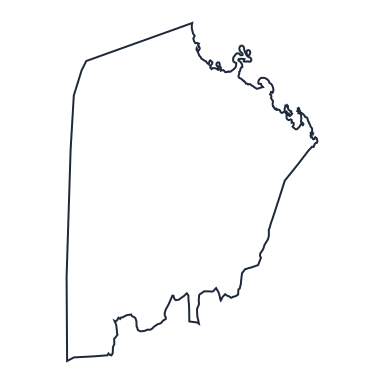 outline of Agig, Red Sea, Sudan
{"feature_id": "16777658B73946128996237", "entity_name": "Agig", "entity_type": "district", "adm_level": 2, "iso_a3": "SDN", "parent_name": "Sudan", "parent_adm1": "Red Sea", "projection": "equal_earth", "projection_center": [38.237, 17.867], "detail": "fine", "context": "isolated", "style": "outline", "palette": "slate", "viewbox_px": 384, "rotation_deg": 0, "n_neighbors": 0, "source": "geoboundaries", "source_scale": "gbopen_adm2", "svg_char_len": 5875}
<svg xmlns="http://www.w3.org/2000/svg" viewBox="0 0 384 384"><path d="M67.1,361.0L74.0,357.4L93.0,356.4L107.5,355.3L108.5,353.5L109.7,354.8L110.7,354.8L111.3,355.3L112.3,354.3L112.8,352.2L112.9,347.6L113.2,346.5L114.3,344.2L114.2,338.8L114.9,338.1L117.5,334.7L117.1,333.7L116.9,331.1L116.8,329.6L116.5,327.7L116.4,326.2L116.1,324.6L114.5,320.9L115.4,321.4L116.1,321.1L116.9,320.4L118.5,317.7L120.1,318.9L121.0,317.6L122.7,317.3L126.7,315.2L131.1,314.5L131.7,315.8L132.3,316.3L132.9,316.6L133.7,316.8L135.3,318.0L136.1,320.3L136.4,321.3L136.6,326.5L137.4,328.0L137.5,329.1L138.0,330.1L140.3,331.3L142.3,331.2L144.4,330.9L145.5,330.5L147.7,329.6L150.1,329.8L152.2,328.6L154.0,326.7L157.6,324.3L160.1,323.5L161.1,322.9L163.1,320.6L165.8,319.0L165.8,317.3L164.9,315.8L164.6,313.5L165.7,309.6L168.6,304.4L172.4,295.6L173.5,295.8L174.0,297.9L174.8,299.4L175.8,300.1L177.6,299.9L179.0,299.6L180.6,298.3L184.2,295.8L186.8,293.3L188.3,295.4L188.4,296.3L188.5,299.8L188.9,304.0L189.1,307.5L189.2,311.6L189.3,321.4L192.5,321.9L196.0,322.3L197.5,322.7L198.9,323.7L198.0,319.2L197.4,317.1L197.2,314.0L197.0,309.2L197.5,307.7L199.0,304.3L198.9,302.3L198.7,300.7L199.0,297.0L199.2,295.0L199.8,294.3L204.3,291.3L208.0,291.3L212.5,291.6L213.5,291.0L214.6,289.6L216.1,288.1L216.6,289.0L218.6,292.4L219.8,296.6L220.2,299.1L220.8,300.5L221.5,299.4L222.4,297.2L225.2,294.2L226.1,295.0L227.4,295.8L228.6,296.1L231.2,297.8L232.1,297.4L232.8,296.8L234.1,296.7L236.1,295.9L238.1,294.5L238.4,289.4L239.7,288.6L240.8,284.1L241.3,279.1L242.0,273.2L245.3,269.0L246.2,269.0L248.3,268.2L251.1,267.5L258.1,265.1L261.0,257.6L260.1,256.3L260.0,255.2L260.4,253.1L261.2,252.1L262.6,250.1L263.6,248.0L264.5,244.9L268.0,239.2L268.9,235.6L268.8,229.9L269.7,227.6L270.5,224.6L271.5,221.4L272.4,219.1L279.7,196.6L284.8,180.6L298.1,164.1L308.6,150.4L312.1,146.7L313.5,146.9L312.2,146.7L313.6,146.9L314.5,144.5L315.1,143.5L315.9,142.9L316.8,142.9L317.4,141.6L317.3,140.7L316.7,138.4L315.3,137.2L314.7,138.1L314.5,138.9L313.8,139.3L313.0,139.1L312.0,137.3L311.2,137.4L310.7,136.2L311.3,135.8L310.7,135.0L311.4,134.2L312.1,134.4L312.8,134.1L313.1,133.5L312.4,133.4L311.1,133.4L310.7,132.9L311.2,132.6L311.7,132.0L312.3,132.9L312.1,128.8L311.6,127.7L310.6,126.6L310.2,125.3L309.8,124.2L308.7,122.8L308.8,121.9L308.0,120.7L307.7,119.6L307.5,118.5L306.9,117.5L305.2,117.0L304.6,115.7L303.8,114.9L303.0,114.0L302.0,113.2L301.0,112.6L300.0,112.4L299.7,111.7L300.0,110.9L299.2,109.7L299.1,108.7L298.6,107.9L297.8,108.3L297.8,110.5L297.4,111.1L298.7,111.4L298.4,113.2L299.5,113.2L301.0,114.6L301.3,118.3L301.0,121.8L302.7,122.9L303.5,124.1L302.8,125.2L301.2,123.8L300.6,124.7L299.4,126.9L296.9,129.3L295.6,129.2L294.1,128.1L292.6,126.7L293.7,125.0L293.7,123.1L292.6,122.4L291.7,122.7L291.7,120.0L290.9,119.4L290.2,119.6L288.8,120.2L287.2,119.2L286.5,117.9L286.6,114.8L286.2,113.4L285.1,112.3L285.4,111.5L286.3,111.4L287.5,112.9L288.2,113.7L289.1,113.7L289.2,114.7L288.4,114.7L288.4,115.3L289.9,116.1L290.7,115.4L292.2,113.8L291.0,112.2L291.5,110.6L290.8,111.3L289.9,110.8L289.0,110.0L288.2,109.1L287.9,107.6L287.9,105.9L287.1,105.1L286.5,106.5L285.9,106.7L285.6,104.6L285.1,107.4L284.6,108.8L284.7,111.2L283.7,112.0L282.9,112.5L281.8,113.0L280.6,112.1L280.1,110.6L279.0,109.7L277.5,109.6L276.8,109.1L276.6,110.8L276.4,109.4L276.0,108.5L274.8,108.9L274.0,107.7L273.7,106.6L273.0,106.4L272.7,104.9L272.7,102.9L273.0,101.0L272.2,100.1L271.3,98.6L271.0,97.7L271.4,96.7L271.3,96.0L271.1,95.1L270.1,94.5L271.1,91.9L271.7,92.1L272.4,92.8L273.0,92.1L273.2,91.1L273.4,89.9L273.3,88.8L272.9,87.2L272.3,85.5L271.1,83.9L269.4,82.8L268.7,80.8L267.2,79.3L265.1,78.1L263.2,77.8L261.9,77.8L260.8,78.1L259.8,78.9L259.0,79.9L258.5,81.1L258.3,82.4L258.4,83.3L258.9,83.9L261.0,83.9L261.3,84.8L261.8,86.0L262.9,86.8L263.1,87.1L262.0,87.3L260.6,87.6L259.6,88.1L258.0,88.5L257.0,88.8L255.2,87.8L253.1,86.3L251.0,85.0L250.1,84.1L249.0,84.1L248.1,84.5L247.5,83.8L246.4,83.4L246.0,83.6L245.6,82.9L244.9,81.8L244.2,81.4L243.9,80.9L243.4,80.9L243.1,80.4L242.4,79.9L241.4,78.9L240.3,78.4L238.9,77.6L238.5,76.1L238.8,74.9L239.2,73.6L239.3,72.9L239.2,71.8L239.8,71.4L240.1,70.6L240.6,68.6L241.3,67.4L242.3,67.1L242.3,65.6L242.0,64.3L240.8,62.3L239.5,61.1L238.7,60.8L238.3,60.1L238.7,59.1L239.8,58.8L241.5,58.8L244.5,59.1L244.4,59.4L243.9,60.3L243.7,61.3L244.4,61.6L246.1,61.6L247.3,61.4L250.0,61.8L251.3,60.6L251.2,58.9L250.6,57.9L249.3,57.2L248.3,56.9L247.2,55.9L247.6,55.7L248.1,55.4L249.0,55.1L249.7,54.6L250.3,52.2L249.6,50.6L248.6,50.1L247.2,50.4L246.5,51.6L246.7,53.6L247.0,54.9L246.7,55.1L246.0,54.1L245.0,52.1L244.5,50.6L244.2,49.6L244.0,48.2L243.6,46.7L242.1,45.6L240.5,45.9L239.9,46.7L239.3,48.2L239.6,50.2L240.5,51.9L242.1,53.1L242.6,53.9L242.5,55.1L240.5,55.2L239.4,53.9L237.7,53.2L236.5,53.6L235.4,54.7L233.3,57.6L233.1,59.9L233.4,61.4L234.6,62.4L236.2,62.9L236.3,63.8L235.9,66.3L235.2,67.8L233.3,69.6L230.2,71.8L229.1,71.8L228.6,71.4L227.6,71.9L226.2,72.1L225.2,72.1L224.1,70.8L223.1,70.1L222.0,70.1L221.0,70.6L221.1,69.4L220.6,68.6L220.9,67.6L220.4,66.8L220.0,66.4L219.0,66.3L219.5,65.3L219.8,64.3L219.0,62.4L217.7,62.4L216.7,63.1L216.4,64.9L216.9,65.8L217.7,66.6L218.0,67.4L219.2,69.1L219.0,69.4L218.7,69.9L217.9,69.8L216.2,68.6L215.1,68.3L213.9,68.1L212.6,68.1L211.8,68.9L211.5,69.1L210.2,67.4L210.3,66.9L210.7,66.3L210.3,65.6L211.1,65.1L212.1,63.8L212.4,62.4L211.3,61.1L210.2,60.4L209.5,61.1L209.0,63.6L208.7,64.3L207.9,63.6L207.0,62.8L205.7,61.1L203.9,60.3L201.9,58.9L201.3,58.6L200.8,57.2L199.2,55.6L198.8,54.4L198.2,52.7L197.4,51.1L196.6,50.1L196.6,48.4L196.7,48.1L196.9,48.4L197.0,49.7L197.5,50.6L198.4,50.7L199.2,49.9L199.8,48.2L198.7,45.7L198.4,46.1L198.0,45.2L198.2,44.4L198.8,43.6L197.0,42.9L195.4,43.3L194.0,41.0L193.3,38.4L194.6,36.1L194.7,35.9L193.2,33.8L192.6,31.7L191.8,28.4L191.8,25.1L192.2,23.0L191.7,23.2L86.3,61.0L81.6,70.4L73.8,95.5L70.6,149.9L66.6,276.5L67.1,361.0Z" fill="none" stroke="#1e293b" stroke-width="2"/></svg>